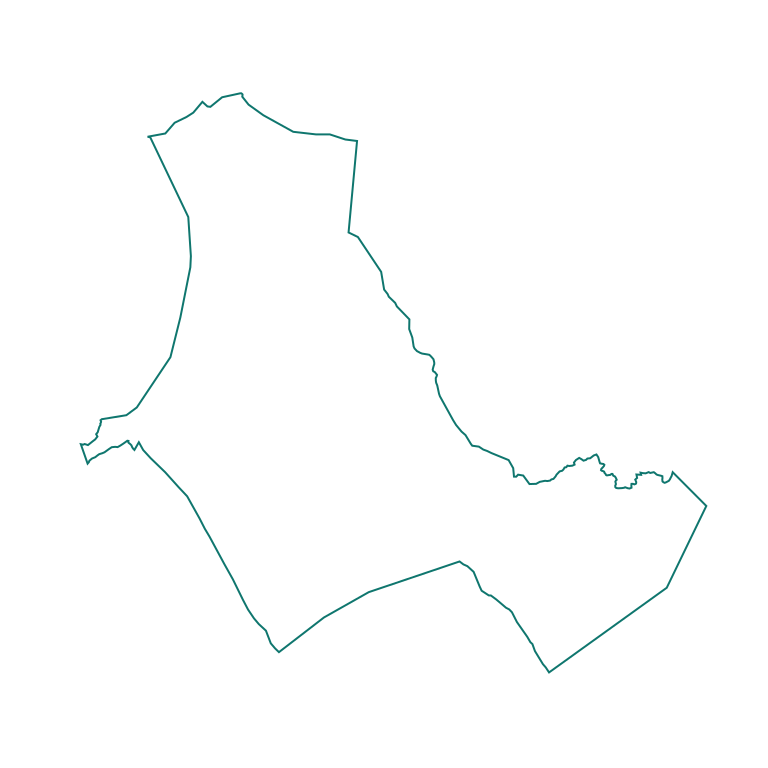 outline of Teococuilco de Marcos Pérez, Oaxaca, Mexico, rotated 264°
{"feature_id": "50627088B57116548490410", "entity_name": "Teococuilco de Marcos Pérez", "entity_type": "district", "adm_level": 2, "iso_a3": "MEX", "parent_name": "Mexico", "parent_adm1": "Oaxaca", "projection": "mercator", "projection_center": [-96.676, 17.319], "detail": "fine", "context": "isolated", "style": "outline", "palette": "teal", "viewbox_px": 768, "rotation_deg": 264, "n_neighbors": 0, "source": "geoboundaries", "source_scale": "gbopen_adm2", "svg_char_len": 3473}
<svg xmlns="http://www.w3.org/2000/svg" viewBox="0 0 768 768"><g transform="rotate(264 384 384)"><path d="M355.8,76.2L335.8,80.9L337.1,82.3L338.5,83.0L340.4,85.8L341.4,89.2L343.0,91.7L344.0,93.5L344.6,96.6L345.3,98.9L348.0,103.6L349.6,106.6L349.6,110.1L349.1,112.5L350.3,115.3L352.0,118.6L353.3,120.9L354.4,122.8L354.1,123.9L352.9,123.6L352.3,123.8L350.7,125.4L349.4,126.4L347.6,126.9L346.0,127.7L344.5,128.9L351.7,134.1L343.5,137.6L334.6,144.2L319.2,157.1L308.6,164.8L302.8,169.0L292.9,176.5L269.6,186.5L258.7,190.7L250.5,194.5L221.8,206.3L205.5,213.3L184.0,221.2L173.9,225.2L164.5,230.2L158.3,234.4L151.0,240.8L137.9,244.3L132.5,248.0L130.2,249.9L128.3,251.5L158.1,299.9L178.6,347.1L199.6,440.6L196.3,444.1L194.1,447.9L187.8,453.5L172.5,458.0L168.2,459.5L162.8,466.1L162.5,468.2L158.0,473.1L148.7,482.0L146.7,485.0L143.6,487.4L133.4,491.3L117.5,500.1L111.9,502.6L109.9,504.4L102.6,506.2L88.7,512.8L85.3,515.2L79.9,518.0L151.8,643.9L199.7,673.6L229.0,691.8L266.1,661.9L262.4,660.4L260.8,659.3L259.2,658.3L257.9,657.1L256.7,654.1L256.4,652.8L257.1,651.6L258.0,650.8L260.2,650.8L261.2,651.1L263.2,651.2L263.8,649.9L264.8,647.0L265.3,645.9L265.8,645.3L266.8,644.5L268.1,643.1L267.7,639.5L268.7,638.0L267.8,634.9L268.3,632.1L269.0,629.9L266.8,630.2L267.6,625.6L264.1,625.9L262.7,623.9L261.5,624.2L260.2,624.6L259.5,624.5L259.1,624.4L258.8,624.3L258.6,624.2L258.4,623.9L258.0,622.5L258.7,621.1L258.8,619.7L257.3,619.4L255.0,619.3L254.4,617.3L254.8,615.7L256.1,613.0L255.7,611.9L255.6,609.8L255.8,606.0L256.3,604.1L257.2,603.3L258.6,603.3L260.2,604.2L262.7,603.9L263.7,604.5L264.4,605.4L266.3,604.8L267.8,604.1L268.9,602.4L270.7,601.8L270.8,600.8L270.0,599.7L269.8,596.1L270.2,595.4L271.6,594.8L272.6,594.0L273.8,593.8L274.6,592.5L275.0,591.4L275.7,590.8L276.9,591.3L278.3,593.0L279.5,594.2L280.6,594.7L281.5,593.9L281.9,592.4L282.5,590.6L284.2,590.2L288.9,589.4L291.7,587.9L291.0,585.1L288.6,581.3L288.6,578.5L287.4,577.0L286.9,574.4L288.6,572.5L290.1,570.4L288.3,566.9L286.0,564.7L283.9,565.1L283.1,562.8L283.1,559.6L283.6,557.9L282.2,556.6L282.1,554.9L280.2,553.5L279.1,552.1L278.7,549.5L275.8,546.1L274.2,545.0L271.9,542.6L271.6,540.5L270.6,539.1L270.4,536.4L270.9,534.0L270.4,528.7L268.8,524.9L269.3,518.2L278.4,512.9L279.8,507.9L278.0,505.8L278.3,503.6L286.8,503.7L295.3,500.0L304.1,483.6L306.6,479.6L308.4,475.9L311.8,471.8L313.4,465.3L315.4,464.1L324.7,459.7L328.6,456.1L335.7,451.4L340.9,448.9L366.0,438.3L368.6,437.7L377.0,436.8L379.8,436.0L381.7,435.9L384.5,436.1L385.9,437.0L387.5,437.7L390.5,435.8L391.5,434.3L393.1,433.9L394.8,434.5L396.6,435.2L398.6,436.1L400.3,436.2L403.4,435.8L405.2,434.6L407.2,433.1L408.3,432.1L408.8,430.5L410.3,425.0L411.3,423.1L412.3,421.7L413.2,420.3L416.1,418.1L418.3,417.4L427.2,417.0L436.0,414.8L445.6,416.0L459.8,404.9L463.5,403.6L470.3,397.9L473.1,397.0L477.9,394.0L495.8,392.9L532.9,373.4L538.4,364.6L628.5,382.6L631.2,371.1L637.9,356.2L639.4,342.2L644.3,320.1L663.9,292.1L676.0,278.5L684.5,273.1L684.8,273.3L685.4,273.3L685.8,273.4L686.5,273.6L687.1,273.4L688.0,272.5L688.1,271.2L687.2,263.1L686.1,253.0L677.8,240.3L678.5,237.4L683.6,232.9L673.8,222.7L670.2,215.5L665.7,203.1L656.0,192.7L654.6,174.7L653.8,177.3L570.5,206.8L531.3,205.3L520.3,203.6L471.4,188.4L433.0,174.4L386.5,135.7L379.9,124.5L378.5,99.7L377.6,98.3L376.0,98.7L374.8,98.2L374.2,97.7L373.0,97.8L371.1,96.4L365.9,94.2L364.2,92.5L361.7,93.5L359.1,91.0L357.4,88.2L354.2,83.2L355.6,80.0L355.1,78.4L355.8,76.2Z" fill="none" stroke="#0f766e" stroke-width="2"/></g></svg>